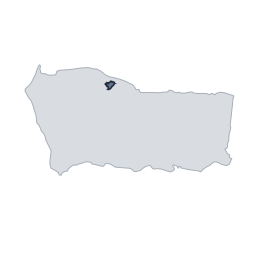 Dormaa East, Brong Ahafo, Ghana (highlighted), rotated 97°
{"feature_id": "2480657B16380673722667", "entity_name": "Dormaa East", "entity_type": "district", "adm_level": 2, "iso_a3": "GHA", "parent_name": "Ghana", "parent_adm1": "Brong Ahafo", "projection": "equal_earth", "projection_center": [-2.665, 7.264], "detail": "fine", "context": "in_parent", "style": "filled", "palette": "slate", "viewbox_px": 256, "rotation_deg": 97, "n_neighbors": 0, "source": "geoboundaries", "source_scale": "gbopen_adm2", "svg_char_len": 4106}
<svg xmlns="http://www.w3.org/2000/svg" viewBox="0 0 256 256"><g transform="rotate(97 128 128)"><path d="M151.4,23.0L153.0,25.0L153.3,26.1L152.8,30.4L151.6,33.4L150.9,36.2L151.0,37.7L151.7,39.1L154.1,41.3L155.4,42.7L156.8,44.9L158.5,47.0L161.4,49.8L162.6,50.3L162.5,51.1L162.1,52.2L161.9,62.5L161.7,65.2L161.5,66.5L161.2,70.4L160.9,71.0L160.4,70.9L159.9,71.1L159.8,71.8L160.0,72.6L161.7,73.2L161.3,73.8L160.1,74.3L159.5,75.5L159.7,76.8L159.0,77.9L159.2,78.6L159.7,79.1L160.4,78.9L162.4,77.1L163.3,76.9L164.3,77.3L166.3,80.0L166.3,81.4L165.6,85.9L164.8,89.4L164.7,94.1L165.5,96.8L165.4,98.2L164.5,99.5L162.5,101.3L162.7,102.5L163.6,104.9L165.3,107.4L168.6,110.6L170.3,114.8L170.4,116.5L169.4,118.2L168.2,119.6L167.8,121.7L168.4,135.7L165.8,141.7L165.8,143.4L166.0,145.4L166.7,146.7L168.1,147.0L169.2,148.2L168.8,152.4L168.2,156.7L168.1,158.8L167.8,159.8L166.8,160.6L166.4,162.0L166.7,163.7L166.5,164.9L167.0,166.6L168.2,168.6L170.2,173.6L170.9,174.0L171.2,175.0L171.0,176.0L171.8,178.2L173.9,180.5L176.1,182.4L177.9,182.7L178.4,184.4L179.5,186.6L180.4,187.6L181.8,188.2L182.9,188.5L183.0,190.4L180.9,191.6L179.6,193.6L178.5,196.5L177.1,199.7L172.1,201.4L170.2,201.4L160.0,201.5L150.4,207.8L144.9,210.0L141.5,213.6L136.9,216.1L133.8,219.2L127.1,220.7L116.3,225.5L112.9,227.4L109.4,230.8L103.9,234.7L101.7,234.7L97.3,231.0L94.0,229.2L86.0,226.3L79.9,225.2L77.0,224.0L76.2,223.8L76.9,222.5L78.6,222.4L80.4,222.8L81.7,221.8L83.7,221.7L84.2,220.6L84.3,218.0L84.3,215.8L85.0,214.9L85.2,212.3L84.2,206.7L83.5,206.1L80.0,205.3L79.8,204.2L79.1,203.0L78.5,200.1L77.7,195.8L76.5,190.5L74.1,181.7L73.5,178.6L73.1,175.5L73.0,171.7L73.5,170.3L73.5,168.3L73.2,166.4L74.9,161.9L78.2,156.5L78.8,154.5L79.4,153.1L79.5,151.2L80.1,144.8L81.7,137.1L82.6,134.2L83.3,132.6L84.1,130.1L84.3,128.9L87.3,125.9L88.7,125.0L89.0,123.9L88.5,122.6L88.7,121.7L89.4,121.2L90.5,120.9L91.3,119.6L90.1,110.2L89.1,100.7L89.0,99.9L88.4,98.6L87.8,94.7L86.8,92.4L85.4,91.8L85.4,89.6L86.8,86.0L87.2,83.9L86.5,83.2L86.4,81.6L86.9,78.9L86.6,77.3L86.4,75.5L84.9,71.4L84.5,68.5L85.3,66.8L85.3,63.0L84.5,57.3L84.3,53.6L84.9,52.1L84.6,50.7L83.6,49.3L83.5,48.0L84.4,46.7L84.3,45.6L83.1,44.9L82.1,43.1L81.2,40.3L81.4,35.8L83.1,27.5L83.3,26.9L85.2,26.9L85.3,27.3L91.2,27.2L98.1,27.1L106.2,27.0L113.7,26.9L114.0,26.5L115.2,26.0L122.7,26.9L127.4,26.5L129.4,26.7L130.8,27.3L134.1,27.0L135.8,27.2L137.1,29.2L137.6,29.2L138.4,28.3L139.7,27.3L141.0,26.5L141.9,24.9L142.5,23.7L143.3,24.0L144.6,23.9L145.4,22.9L145.7,21.3L151.4,23.0Z" fill="#d9dde1" stroke="#a8b0b8" stroke-width="1"/><path d="M92.1,151.9L92.0,151.7L91.9,151.6L91.8,151.4L91.7,151.3L91.7,151.2L91.5,150.9L91.4,150.7L91.3,150.4L91.2,150.3L91.0,150.2L90.9,150.2L90.7,150.0L90.6,149.9L90.4,149.8L90.3,149.7L90.2,149.6L89.9,149.5L89.7,149.4L89.4,149.3L89.4,149.2L89.2,149.1L88.9,149.1L88.7,149.0L88.6,148.9L88.4,148.7L88.2,148.5L88.2,148.4L88.0,148.2L87.9,148.2L87.7,148.0L87.7,147.9L87.4,147.7L87.2,147.5L87.1,147.4L86.9,147.4L86.7,147.4L86.3,147.3L86.2,147.3L86.0,147.2L85.9,147.1L85.7,146.8L85.7,147.0L84.6,147.1L84.0,147.8L84.1,148.1L84.1,148.3L84.2,148.5L84.3,148.7L84.4,148.8L84.3,149.0L84.2,149.2L84.2,149.3L84.3,149.5L84.2,149.6L84.1,149.8L83.9,149.7L83.8,149.8L83.7,149.8L83.7,150.0L83.7,150.3L83.7,150.5L83.7,150.8L83.8,150.8L84.0,150.9L84.3,151.0L84.5,151.2L84.5,151.3L84.7,151.6L84.8,151.7L84.8,151.8L85.0,151.8L85.1,152.0L85.2,152.3L85.3,152.3L85.5,152.4L85.7,152.5L85.8,152.7L85.8,152.8L85.7,152.9L85.7,153.0L85.8,153.0L85.7,153.1L85.7,153.3L85.5,153.5L85.5,153.8L85.6,154.0L85.8,154.1L85.9,154.3L86.0,154.3L86.2,154.5L86.3,154.5L86.2,154.5L86.3,154.7L86.2,154.8L86.3,154.8L86.4,155.0L86.5,155.1L86.5,155.3L86.7,155.5L86.8,155.6L86.8,155.4L87.0,155.3L87.3,155.3L87.5,155.3L87.5,155.2L87.6,155.3L87.7,155.2L87.8,155.2L88.0,155.0L88.1,154.9L88.3,154.8L88.3,154.7L88.5,154.5L88.5,154.4L88.6,154.2L88.8,154.0L88.8,153.9L89.0,154.0L89.1,153.9L89.3,154.0L89.5,153.9L89.5,153.7L89.5,153.4L89.5,153.2L89.5,152.9L89.8,152.7L90.0,152.4L91.1,152.3L91.6,152.4L91.7,152.6L91.8,152.7L91.8,152.4L91.9,152.2L92.0,152.1L92.0,151.9L92.1,151.9Z" fill="#64748b" stroke="#1e293b" stroke-width="1.5"/></g></svg>